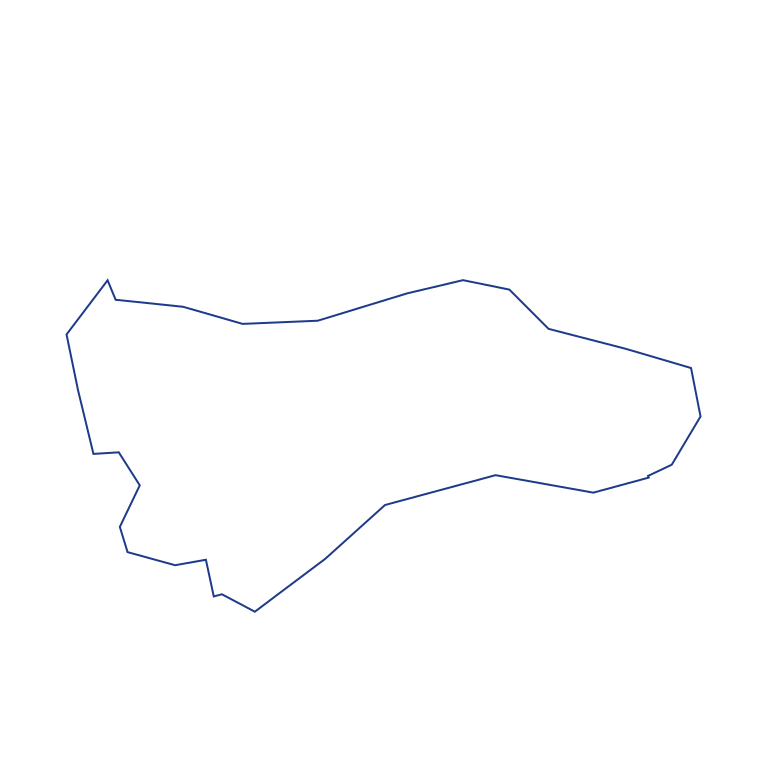 Staffanstorp, Skåne, Sweden (Natural Earth projection), rotated 343°
{"feature_id": "70781695B74587424027080", "entity_name": "Staffanstorp", "entity_type": "district", "adm_level": 2, "iso_a3": "SWE", "parent_name": "Sweden", "parent_adm1": "Skåne", "projection": "natural_earth1", "projection_center": [13.236, 55.68], "detail": "fine", "context": "isolated", "style": "outline", "palette": "blue", "viewbox_px": 768, "rotation_deg": 343, "n_neighbors": 0, "source": "geoboundaries", "source_scale": "gbopen_adm2", "svg_char_len": 557}
<svg xmlns="http://www.w3.org/2000/svg" viewBox="0 0 768 768"><g transform="rotate(343 384 384)"><path d="M150.0,204.0L94.9,243.8L89.6,300.3L85.7,365.9L110.4,371.8L120.8,409.5L89.6,443.4L89.6,469.8L131.2,496.2L162.3,500.0L159.1,537.4L167.5,537.7L193.9,564.0L224.7,552.8L276.7,534.0L349.6,500.0L464.0,503.8L552.4,549.1L609.8,550.9L609.6,549.1L635.6,545.3L677.2,507.6L682.3,458.5L625.1,420.8L557.5,379.4L531.5,330.4L489.9,307.8L432.7,304.1L339.1,304.1L266.4,285.2L214.4,251.4L152.0,225.0L150.0,204.0Z" fill="none" stroke="#1e3a8a" stroke-width="2"/></g></svg>